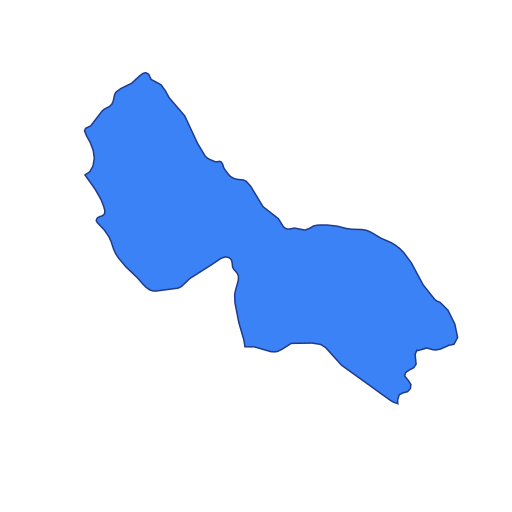 the border of Mechi, rotated 305°
{"feature_id": "NPL-1135", "entity_name": "Mechi", "entity_type": "Administrative Zone", "adm_level": 1, "iso_a3": "NPL", "parent_name": "Nepal", "parent_adm1": "", "projection": "orthographic", "projection_center": [87.832, 27.137], "detail": "fine", "context": "isolated", "style": "filled", "palette": "blue", "viewbox_px": 512, "rotation_deg": 305, "n_neighbors": 0, "source": "natural_earth", "source_scale": "10m", "svg_char_len": 2192}
<svg xmlns="http://www.w3.org/2000/svg" viewBox="0 0 512 512"><g transform="rotate(305 256 256)"><path d="M262.9,43.2L267.6,45.9L286.8,46.8L289.4,47.6L294.5,50.2L297.5,50.8L300.7,50.3L307.2,47.6L310.0,47.3L315.6,49.2L326.1,55.0L331.6,56.2L337.7,57.6L340.9,58.8L342.9,60.5L343.4,63.7L340.5,68.8L341.8,80.1L339.3,87.1L335.8,94.2L329.9,117.3L314.8,143.4L308.6,157.3L308.3,160.2L308.6,162.9L309.8,168.3L310.4,169.5L312.6,171.8L313.1,173.0L312.5,175.3L311.4,176.9L310.2,178.3L309.2,180.2L307.1,186.5L306.5,189.5L306.8,193.4L307.9,196.4L310.9,201.7L311.6,204.9L310.1,211.6L304.1,225.1L300.4,233.6L299.4,253.0L295.9,261.0L295.5,263.3L295.8,265.6L297.0,267.7L300.9,271.4L305.4,281.3L309.8,284.2L313.6,285.9L316.8,288.9L322.0,296.2L326.9,305.1L330.6,314.8L332.8,319.0L338.3,327.4L340.4,331.7L341.4,336.5L342.3,348.4L344.5,359.3L344.8,364.5L344.5,369.8L343.5,375.2L339.4,387.4L328.3,409.3L324.8,421.1L323.0,427.1L322.8,429.9L323.6,433.3L321.6,444.6L314.2,458.0L304.9,467.9L297.2,468.8L293.7,465.4L285.7,460.6L282.2,457.3L280.7,454.7L279.0,449.8L277.9,447.6L277.3,447.7L271.3,442.8L271.1,441.8L266.7,442.8L259.2,449.2L254.9,449.3L250.4,446.9L246.2,445.4L243.0,446.6L241.3,452.5L239.5,456.7L235.9,458.5L231.8,458.0L228.5,455.1L224.5,452.9L219.1,454.7L216.4,456.8L216.4,456.7L215.2,453.0L214.8,448.8L215.6,388.7L220.9,365.6L220.8,361.2L220.4,359.1L216.8,351.8L204.7,335.1L204.2,334.8L194.5,330.8L190.2,328.4L188.1,326.2L186.1,322.9L180.7,306.9L175.3,299.0L180.1,294.4L191.7,280.0L205.5,265.7L211.8,260.9L214.8,259.4L225.7,255.5L227.9,254.3L229.8,252.7L231.0,250.6L231.7,248.3L232.3,245.6L233.3,243.4L237.1,240.0L238.6,238.2L239.1,236.7L239.1,234.9L238.6,233.2L237.6,231.3L233.9,228.6L223.4,224.6L199.6,214.7L188.7,212.5L186.0,211.3L184.3,209.9L169.6,193.8L168.1,191.2L167.2,188.0L167.3,183.8L168.2,178.9L170.0,171.9L172.5,155.6L175.5,144.4L177.3,139.9L180.0,135.3L184.6,129.2L187.5,124.3L190.3,116.8L192.3,106.9L193.4,104.8L195.3,104.2L197.1,104.5L198.8,105.5L200.3,106.7L202.3,107.6L204.0,107.6L206.5,106.1L209.1,103.0L213.1,97.1L218.4,86.0L224.3,69.4L229.6,71.5L236.1,70.9L243.3,67.5L249.0,62.2L253.6,55.6L257.4,48.0L260.2,43.7L262.9,43.2Z" fill="#3b82f6" stroke="#1e3a8a" stroke-width="1.5"/></g></svg>